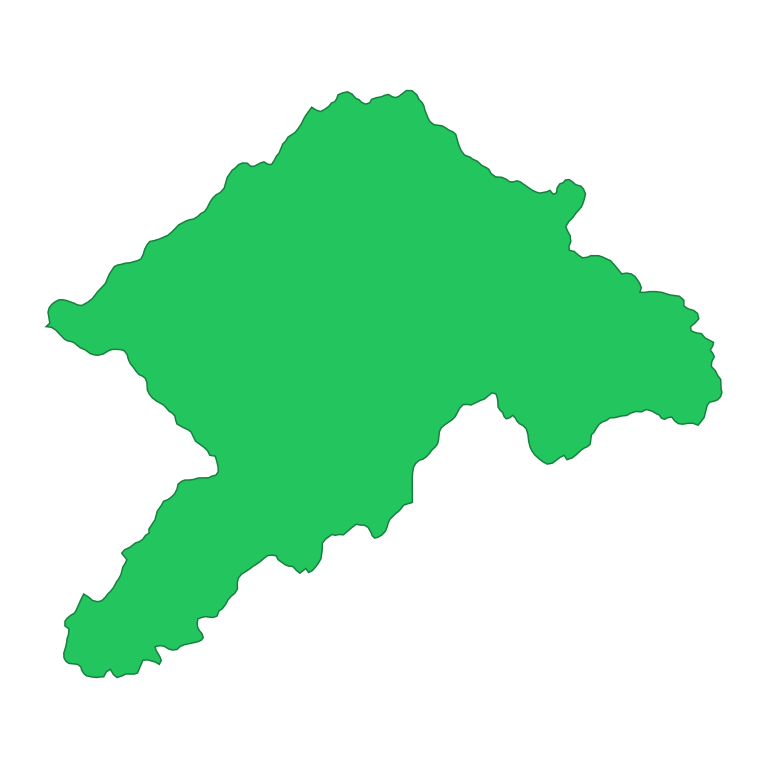 outline of Joaíma, Minas Gerais, Brazil
{"feature_id": "56859067B17378222637082", "entity_name": "Joaíma", "entity_type": "district", "adm_level": 2, "iso_a3": "BRA", "parent_name": "Brazil", "parent_adm1": "Minas Gerais", "projection": "albers", "projection_center": [-41.029, -16.798], "detail": "fine", "context": "isolated", "style": "filled", "palette": "green", "viewbox_px": 768, "rotation_deg": 0, "n_neighbors": 0, "source": "geoboundaries", "source_scale": "gbopen_adm2", "svg_char_len": 6060}
<svg xmlns="http://www.w3.org/2000/svg" viewBox="0 0 768 768"><path d="M412.4,502.4L412.2,477.5L412.7,472.2L413.6,467.0L415.7,463.4L419.4,460.2L423.1,459.1L426.6,456.5L429.7,453.1L431.8,450.1L435.2,447.0L437.6,443.7L438.5,440.0L439.4,431.8L441.1,428.0L444.5,425.0L452.2,419.7L455.2,416.6L459.6,408.4L463.0,404.7L467.4,404.4L471.0,405.0L480.4,400.5L484.3,399.1L491.8,392.9L495.8,393.8L497.2,397.3L497.9,402.0L498.0,406.8L499.8,409.8L502.6,412.6L504.0,416.3L506.2,418.8L509.8,417.7L512.8,415.4L515.4,418.0L516.9,421.0L519.3,423.6L523.1,425.6L526.4,429.1L528.0,434.9L528.7,441.5L530.3,447.6L532.2,451.3L535.0,455.1L539.2,458.9L543.0,461.8L547.2,464.1L552.5,463.1L559.9,457.5L564.1,455.3L567.0,459.7L572.1,457.9L575.6,455.3L580.9,450.3L584.2,448.0L587.3,446.7L590.2,444.2L591.4,434.9L594.2,431.9L596.5,427.9L599.0,424.4L602.2,422.0L606.7,420.3L610.0,417.8L614.4,417.7L622.0,415.9L626.6,415.5L630.8,413.1L635.8,411.5L641.6,411.8L646.3,409.5L652.0,411.1L656.4,413.7L659.4,415.1L661.3,418.1L664.5,419.3L668.0,417.6L671.7,417.0L674.8,420.9L678.3,423.6L682.5,424.2L687.4,423.4L692.8,423.2L698.1,425.2L704.1,417.6L707.2,405.2L709.7,402.1L713.7,401.3L717.7,399.8L720.5,396.8L721.9,392.4L721.1,388.9L720.7,379.4L717.6,375.4L715.5,370.9L711.3,366.4L711.8,361.6L714.3,356.7L712.7,353.3L710.3,350.1L712.8,345.8L713.6,342.4L705.1,338.0L701.4,333.6L697.5,333.1L694.2,332.2L691.0,330.6L690.6,326.7L695.1,322.9L698.8,318.8L697.5,313.5L693.9,310.5L687.8,308.7L683.9,305.9L683.8,300.1L679.3,296.2L669.7,294.9L662.0,292.4L655.7,291.6L649.4,291.6L644.5,292.4L639.9,292.2L641.3,287.6L639.8,283.6L637.6,280.1L634.9,276.4L631.2,273.9L626.8,273.1L621.7,273.8L614.2,264.7L610.5,260.7L602.4,257.0L598.7,255.7L590.8,255.7L587.6,257.2L582.5,257.8L578.6,255.3L574.2,251.5L569.3,250.2L569.0,246.3L570.8,241.6L570.1,235.6L567.6,231.1L565.7,226.6L568.9,221.5L572.9,217.5L575.6,213.6L581.1,207.3L582.7,204.1L584.3,199.2L585.5,193.9L583.5,189.1L581.0,186.2L575.7,184.7L572.2,181.6L569.1,179.6L565.4,180.0L563.3,182.7L560.0,183.7L557.2,187.8L556.5,192.9L553.1,194.3L549.9,190.3L546.8,191.8L539.8,193.1L536.3,192.1L532.1,190.2L520.2,181.8L517.0,180.8L513.2,181.9L509.5,181.7L506.0,179.1L501.8,177.3L495.7,176.9L491.1,173.6L488.8,169.3L485.8,167.3L482.0,165.6L477.4,161.3L472.8,159.2L469.7,157.0L464.6,155.1L461.1,150.6L459.4,146.6L458.1,142.9L455.8,134.5L453.3,132.1L448.6,129.9L444.8,127.3L441.8,125.8L433.9,124.7L429.9,121.5L428.0,118.0L424.8,109.8L423.9,105.9L422.1,102.6L419.0,99.5L416.9,94.9L412.0,90.7L406.4,90.5L398.8,96.4L395.5,97.6L392.2,96.7L388.3,94.4L384.8,95.3L381.3,96.8L376.4,97.7L371.6,99.4L369.7,102.8L365.5,104.1L361.5,102.3L359.2,99.8L355.8,98.4L352.2,94.2L347.6,91.8L342.6,92.9L338.0,94.8L336.8,98.6L334.7,101.7L331.5,103.0L328.9,106.3L324.5,109.5L320.6,111.5L316.1,110.1L311.7,107.2L305.7,115.5L303.6,119.1L301.4,123.9L298.0,128.8L295.0,132.6L288.1,137.0L285.7,141.0L282.8,144.0L279.1,153.0L276.6,155.9L274.2,160.5L271.5,164.5L268.0,164.3L264.0,161.9L260.8,162.8L254.2,166.3L250.7,166.3L247.3,163.2L242.3,163.0L238.3,164.8L235.7,167.6L232.1,170.3L227.2,177.4L224.2,188.1L220.2,192.6L216.1,194.8L212.7,198.1L210.1,202.0L206.9,208.4L204.6,211.5L201.1,213.4L197.4,216.7L193.7,219.0L189.7,219.7L186.0,221.0L178.9,224.7L171.8,232.0L167.9,235.3L159.4,239.0L153.9,240.7L149.7,241.5L147.1,244.7L144.8,249.1L143.2,254.4L141.0,258.9L137.7,260.6L129.7,262.8L125.4,263.2L121.0,264.4L117.7,265.0L114.2,266.7L109.3,274.2L105.4,283.5L97.5,291.9L92.3,298.7L87.8,302.2L81.8,305.5L77.7,305.0L73.8,303.1L66.1,300.4L62.4,299.7L58.9,299.9L55.3,301.7L51.9,304.3L49.3,307.6L48.0,312.1L49.8,323.1L46.1,326.6L51.5,327.3L55.7,330.0L64.5,339.2L67.5,340.8L70.7,341.4L73.7,342.4L80.3,347.8L84.8,349.6L90.3,353.6L93.6,354.7L97.7,355.3L103.5,353.9L108.0,351.0L112.0,349.4L116.9,349.4L121.1,349.7L124.3,350.8L127.1,354.6L128.5,359.8L130.4,363.8L133.2,367.1L136.0,371.1L139.0,374.6L142.7,376.2L145.3,378.4L146.9,382.3L147.4,390.2L149.4,394.2L152.4,397.9L156.1,400.8L163.5,404.9L166.7,408.3L169.2,411.3L172.2,413.0L174.9,416.0L175.7,420.3L177.0,424.0L183.7,427.8L187.9,429.6L191.1,432.0L195.5,441.2L203.9,447.2L207.7,450.9L209.7,455.2L215.3,456.2L216.8,461.5L218.1,467.0L218.2,471.9L215.8,475.2L212.1,476.1L208.6,477.8L198.1,478.0L193.9,479.4L189.5,480.0L184.6,480.1L181.5,481.4L178.1,484.1L177.1,488.8L174.6,493.9L170.3,498.0L167.3,499.9L163.6,501.2L161.7,504.9L157.2,511.3L155.1,519.6L148.9,529.1L149.1,533.1L145.5,535.4L142.5,539.6L139.0,541.8L135.6,542.9L129.9,547.3L124.7,549.7L121.7,553.2L126.9,559.7L125.2,563.3L122.9,566.9L121.0,574.4L119.0,578.4L116.5,581.9L113.6,587.4L110.7,591.1L108.0,593.7L105.1,597.5L101.6,600.8L97.5,601.7L92.6,600.5L88.6,597.1L83.7,594.0L81.2,599.0L76.4,609.8L74.5,613.1L70.7,615.3L67.3,618.2L65.0,621.1L64.9,625.9L68.9,628.8L68.5,634.5L67.0,638.9L66.7,642.2L65.7,646.9L63.8,653.1L64.0,657.9L66.1,661.5L69.0,663.4L77.5,664.3L80.8,666.7L81.6,669.9L84.0,673.8L86.6,675.8L91.1,676.8L96.4,677.5L100.3,676.9L103.7,676.8L106.4,671.8L110.3,669.2L113.5,674.7L117.0,677.5L121.8,676.0L125.8,674.0L134.1,674.1L137.5,673.0L142.9,660.2L147.7,659.9L155.3,662.0L159.2,664.4L161.3,660.6L160.1,657.2L156.1,650.3L155.0,646.7L160.1,645.6L164.3,646.3L168.3,648.8L172.2,650.0L177.0,649.5L180.1,646.5L184.4,644.7L198.0,641.7L201.3,640.2L203.2,637.5L202.0,633.7L199.6,630.9L197.7,627.6L197.2,623.4L197.8,619.0L201.2,617.6L205.2,616.6L212.6,617.5L216.9,616.2L219.0,610.9L222.3,608.7L225.6,604.4L228.1,599.7L230.9,596.5L234.9,593.2L237.5,588.8L237.2,583.5L238.2,578.4L241.4,574.2L246.6,571.0L250.3,568.5L253.0,566.3L256.1,564.5L260.1,561.7L264.3,558.0L267.8,555.5L272.2,555.1L276.2,555.8L278.1,559.7L285.6,565.0L288.8,566.1L292.8,566.5L296.3,570.3L299.8,573.2L305.8,568.5L308.6,572.5L312.3,570.6L315.4,567.2L318.2,563.5L321.0,558.6L322.3,549.1L322.3,543.2L325.5,539.2L331.9,534.5L335.2,535.3L338.9,534.5L343.4,534.8L352.2,527.3L356.2,524.3L360.7,525.1L364.3,525.1L368.0,527.3L370.9,532.2L372.3,535.9L374.8,538.1L378.0,537.2L381.7,535.1L385.4,531.3L387.2,526.7L388.2,522.9L389.9,519.3L395.4,513.8L398.2,511.7L400.6,509.2L403.8,505.0L412.4,502.4Z" fill="#22c55e" stroke="#15803d" stroke-width="1.5"/></svg>